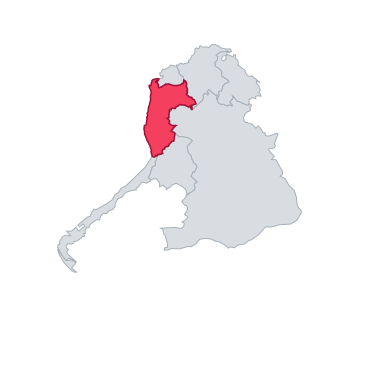 Peru highlighted among its neighbors, rotated 38°
{"feature_id": "PER", "entity_name": "Peru", "entity_type": "country or territory", "adm_level": 0, "iso_a3": "PER", "parent_name": "South America", "parent_adm1": "", "projection": "albers", "projection_center": [-73.974, -9.194], "detail": "fine", "context": "with_neighbors", "style": "filled", "palette": "rose", "viewbox_px": 384, "rotation_deg": 38, "n_neighbors": 6, "source": "natural_earth", "source_scale": "50m", "svg_char_len": 12078}
<svg xmlns="http://www.w3.org/2000/svg" viewBox="0 0 384 384"><g transform="rotate(38 192 192)"><path d="M144.1,319.4L144.0,326.1L150.3,326.2L149.0,327.4L145.8,328.2L135.0,326.5L126.4,323.2L121.2,319.9L134.6,323.6L136.6,322.3L137.9,320.3L141.4,319.1L144.1,319.4ZM142.1,185.1L144.1,188.1L144.6,191.2L146.7,193.0L145.4,197.2L147.5,202.0L149.0,207.9L152.0,207.4L152.5,208.5L151.0,212.8L146.5,214.9L146.5,221.9L145.7,223.2L146.8,224.8L143.9,227.4L141.2,231.2L139.8,234.9L140.1,238.9L137.6,243.0L139.3,250.0L140.4,250.7L140.3,254.4L138.0,258.2L138.1,261.4L135.1,263.9L135.0,267.4L136.2,271.1L133.8,272.5L131.8,279.6L132.5,284.0L130.9,284.8L131.8,288.9L133.5,290.2L132.2,291.7L134.0,292.4L134.4,293.7L132.7,294.4L133.1,296.4L131.7,300.9L129.6,303.7L130.1,305.4L128.9,307.5L125.9,308.9L126.2,312.3L127.6,313.5L130.1,313.3L130.0,315.6L131.6,317.4L144.3,318.4L140.9,318.4L135.7,320.1L135.0,322.9L133.4,323.0L129.1,322.0L120.1,318.2L118.9,316.2L119.9,314.4L118.0,312.3L117.5,306.8L119.1,303.7L123.2,301.1L117.3,300.1L121.0,297.1L122.3,291.3L126.6,292.6L128.7,285.2L126.1,284.2L124.8,288.7L122.4,288.2L124.9,276.3L126.7,273.7L125.6,270.1L125.3,265.8L127.0,265.7L132.2,253.2L133.9,247.3L133.0,241.2L134.3,237.9L133.8,232.8L136.2,227.8L139.8,201.5L138.8,188.4L140.9,187.3L142.1,185.1Z" fill="#d9dde1" stroke="#a8b0b8" stroke-width="1"/><path d="M205.9,254.9L204.9,252.6L206.7,250.8L204.6,248.0L197.6,242.8L196.1,242.8L192.2,239.5L189.6,239.8L200.0,230.7L206.3,227.1L206.6,223.8L204.7,221.2L202.6,221.9L204.2,217.1L204.4,214.8L202.9,213.9L201.4,214.5L199.9,214.3L199.3,208.7L198.6,207.4L195.9,206.1L194.1,206.9L189.8,205.8L190.4,200.1L189.2,197.6L190.6,196.8L190.3,194.3L191.5,192.5L192.4,189.1L191.5,186.4L189.3,185.1L188.9,183.3L189.7,180.9L181.6,180.3L180.2,175.2L181.5,175.2L180.6,169.5L178.2,168.1L175.5,168.0L171.0,165.8L169.4,164.1L164.7,163.2L160.2,159.2L160.6,151.3L155.0,151.9L149.0,155.2L148.0,156.5L142.7,156.2L140.3,156.9L138.3,156.4L138.7,149.7L135.2,152.3L131.4,152.2L129.8,149.8L127.0,149.5L127.9,147.7L125.5,145.0L123.7,141.1L124.9,140.3L124.8,138.4L127.5,137.1L127.0,134.8L128.1,133.3L128.5,131.2L133.4,128.3L137.6,126.8L141.5,127.0L143.7,113.3L143.0,110.8L141.1,109.2L141.2,106.0L143.6,105.3L144.5,105.8L144.7,104.1L142.1,103.7L142.1,101.0L150.7,101.2L152.2,99.7L154.2,103.7L155.0,103.2L157.4,105.5L160.8,105.3L161.7,104.0L166.8,102.4L167.4,100.6L170.6,99.5L170.4,98.6L166.6,98.1L166.3,92.5L164.4,91.3L165.2,91.0L172.0,92.8L173.3,91.8L181.5,89.8L183.2,88.3L182.7,87.0L185.0,86.9L186.0,88.0L185.3,89.8L186.8,90.5L187.8,92.5L186.5,94.0L185.6,97.6L186.9,101.8L189.5,103.9L191.7,104.2L192.2,103.4L195.6,102.6L197.1,101.6L203.0,102.4L203.2,99.4L207.1,99.6L211.5,101.6L212.9,100.5L213.9,100.8L214.4,102.0L216.5,101.8L218.3,100.3L222.7,93.5L224.2,93.4L227.2,103.4L229.5,104.3L229.4,107.3L225.9,110.6L227.1,112.0L234.8,113.2L234.7,117.5L238.2,114.9L250.6,120.1L252.5,122.8L251.6,125.2L256.8,124.2L265.0,127.3L271.5,127.7L277.6,131.9L282.6,137.3L285.8,138.9L289.4,139.5L290.8,141.0L292.1,149.4L289.6,156.4L280.5,164.5L277.4,169.1L273.9,172.6L272.8,172.6L271.3,175.7L270.8,183.8L268.3,193.2L266.8,194.8L265.5,200.4L260.8,205.6L259.7,210.0L256.2,211.5L255.1,213.9L250.6,213.5L244.0,214.6L241.0,216.3L236.3,217.2L231.3,220.2L227.5,224.1L226.7,227.1L227.2,229.5L225.1,235.5L222.2,237.6L217.2,244.5L210.7,249.1L208.6,252.8L205.9,254.9Z" fill="#d9dde1" stroke="#a8b0b8" stroke-width="1"/><path d="M142.7,156.2L148.0,156.5L149.0,155.2L155.0,151.9L160.6,151.3L160.2,159.2L164.7,163.2L169.4,164.1L171.0,165.8L175.5,168.0L178.2,168.1L180.6,169.5L181.5,175.2L180.2,175.2L181.6,180.3L189.7,180.9L188.9,183.3L189.3,185.1L191.5,186.4L192.4,189.1L191.5,192.5L190.3,194.3L190.6,196.8L189.2,197.6L189.2,196.3L185.5,193.9L181.6,193.7L174.3,194.7L172.2,198.4L172.0,200.7L170.3,205.8L169.6,204.8L164.9,204.5L163.2,207.9L160.9,204.8L155.5,203.6L152.0,207.4L149.0,207.9L147.5,202.0L145.4,197.2L146.7,193.0L144.6,191.2L144.1,188.1L142.1,185.1L144.8,180.4L143.0,176.8L144.0,175.3L143.3,173.7L144.9,171.5L145.3,164.7L146.3,163.3L142.7,156.2Z" fill="#d9dde1" stroke="#a8b0b8" stroke-width="1"/><path d="M155.0,103.2L154.2,103.7L152.2,99.7L150.7,101.2L142.1,101.0L142.1,103.7L144.7,104.1L144.5,105.8L143.6,105.3L141.2,106.0L141.1,109.2L143.0,110.8L143.7,113.3L141.5,127.0L139.3,124.7L138.0,124.6L140.9,120.2L137.6,118.1L134.9,118.5L133.4,117.7L131.0,118.8L127.7,118.3L125.1,113.7L118.8,108.5L117.6,108.9L113.6,106.5L112.4,107.2L108.6,106.6L107.5,104.8L102.3,102.5L101.7,101.1L103.3,100.8L103.1,98.6L104.1,97.1L106.3,96.7L109.8,91.8L108.2,90.8L109.0,88.3L107.9,84.4L108.9,83.3L108.1,79.7L106.3,77.5L106.9,75.5L108.3,75.7L109.1,74.5L108.1,72.0L108.6,71.4L110.9,71.5L114.3,68.6L116.1,68.1L117.0,63.3L119.6,61.3L122.4,61.2L122.8,60.4L126.3,60.7L131.6,57.8L133.8,55.8L135.4,56.1L136.6,57.1L135.7,58.5L132.8,59.2L131.7,61.2L128.6,63.9L126.8,69.3L129.1,69.6L130.7,72.5L130.6,76.6L131.7,76.9L132.8,78.4L138.5,78.0L141.1,78.6L144.2,82.3L151.8,81.7L153.3,82.4L151.5,86.1L151.1,89.2L153.3,94.3L151.0,96.4L153.8,98.8L155.0,103.2Z" fill="#d9dde1" stroke="#a8b0b8" stroke-width="1"/><path d="M179.8,83.7L183.2,88.3L181.5,89.8L173.3,91.8L172.0,92.8L165.2,91.0L164.4,91.3L166.3,92.5L166.6,98.1L170.4,98.6L170.6,99.5L167.4,100.6L166.8,102.4L161.7,104.0L160.8,105.3L157.4,105.5L155.0,103.2L153.8,98.8L151.0,96.4L153.3,94.3L151.1,89.2L151.5,86.1L153.3,82.4L151.8,81.7L144.2,82.3L141.1,78.6L138.5,78.0L132.8,78.4L131.7,76.9L130.6,76.6L130.7,72.5L129.1,69.6L126.8,69.3L128.6,63.9L131.7,61.2L132.8,59.2L135.7,58.5L135.6,59.5L132.9,60.0L134.4,61.8L134.3,64.0L132.3,66.4L134.0,69.7L136.0,69.4L137.0,66.4L135.6,65.0L135.4,61.8L141.0,60.2L140.4,58.3L142.0,57.0L143.6,59.9L146.8,60.0L149.7,62.3L149.8,63.7L158.7,63.5L161.3,65.4L164.7,66.0L167.3,64.8L167.3,63.7L178.3,63.8L174.5,64.9L175.9,66.9L179.5,67.3L182.9,69.5L183.5,72.8L185.8,72.8L187.5,73.9L183.9,76.2L183.4,77.7L184.9,79.3L181.0,80.6L181.0,82.6L179.8,83.7Z" fill="#d9dde1" stroke="#a8b0b8" stroke-width="1"/><path d="M117.6,108.9L118.3,112.2L116.9,115.0L112.2,119.6L107.0,121.4L104.3,125.2L103.6,128.2L101.1,130.0L99.3,127.8L95.7,127.8L95.6,126.2L96.8,125.1L96.3,123.3L98.5,120.0L97.6,118.1L95.9,120.2L93.3,118.3L94.1,117.1L93.3,113.1L94.9,112.5L97.2,106.9L96.9,105.2L102.3,102.5L107.5,104.8L108.6,106.6L112.4,107.2L113.6,106.5L117.6,108.9Z" fill="#d9dde1" stroke="#a8b0b8" stroke-width="1"/><path d="M141.2,126.8L141.1,127.1L140.8,127.2L140.4,127.0L140.2,127.0L139.6,126.8L139.5,126.6L139.3,126.4L138.7,126.4L138.3,126.4L137.9,126.4L137.5,126.5L137.2,126.7L137.0,127.0L136.8,127.2L136.0,127.4L135.6,127.4L135.3,127.5L134.8,127.6L134.4,127.7L133.0,127.9L132.4,128.2L132.0,128.5L131.2,128.9L130.8,129.1L130.3,129.6L129.7,130.1L129.3,130.3L128.7,130.4L128.5,130.6L128.4,130.7L128.4,130.9L128.2,132.2L128.1,132.8L127.7,133.5L127.3,134.1L127.1,134.5L127.0,134.8L127.1,135.1L127.4,135.9L127.4,136.1L127.4,136.4L127.2,136.7L126.9,136.9L126.6,136.9L125.8,137.4L125.0,138.0L124.7,138.3L124.5,139.1L124.6,139.4L124.7,139.5L124.9,139.9L124.9,140.1L124.7,140.2L124.3,140.3L124.1,140.4L123.8,140.4L123.8,140.6L123.9,140.8L123.8,141.0L123.7,141.2L123.7,141.3L124.1,141.6L124.4,142.0L124.7,142.1L124.9,142.2L124.9,142.4L124.8,142.6L124.6,142.7L124.6,142.9L125.0,143.2L125.2,143.5L125.3,143.8L125.3,144.0L125.5,144.2L125.6,144.4L125.6,144.7L126.2,145.1L126.4,145.2L126.4,145.4L126.4,145.6L126.6,146.0L127.1,146.3L128.1,147.5L128.1,148.0L127.0,149.3L127.9,149.3L128.7,149.3L129.6,149.5L130.2,149.7L130.6,149.8L130.8,150.0L131.1,150.6L131.1,150.9L131.5,151.2L131.4,151.9L133.9,152.0L135.0,151.9L135.4,151.8L136.0,151.3L136.3,151.2L136.6,150.9L137.0,150.5L137.3,150.3L137.5,150.1L137.9,149.9L138.0,149.7L138.4,149.5L138.2,150.0L138.2,150.3L138.3,150.7L138.2,150.9L138.0,151.2L137.9,156.4L138.1,156.2L138.4,156.1L138.8,156.5L139.0,156.6L139.4,156.6L139.7,156.6L140.4,156.3L140.8,156.1L141.4,156.1L142.1,156.2L142.5,156.2L146.2,163.0L145.8,163.5L145.8,163.8L145.6,164.0L145.4,164.1L145.1,164.4L144.9,164.6L144.9,166.8L144.8,167.3L144.7,167.8L144.5,168.2L144.7,168.6L144.9,169.4L145.0,169.6L145.2,170.0L145.3,170.3L145.2,170.4L144.9,170.6L144.7,170.7L144.7,171.2L144.5,171.4L144.2,171.6L143.9,172.0L143.7,172.1L143.5,172.8L143.2,173.0L143.1,173.4L143.1,173.7L143.3,174.1L143.9,174.8L144.0,174.9L143.6,175.3L143.4,175.6L142.9,176.5L143.0,177.1L143.7,178.9L143.8,179.0L144.1,179.2L144.4,179.2L145.0,179.4L145.2,179.6L145.3,179.7L145.2,179.8L144.6,180.1L144.5,180.3L144.4,180.6L144.5,181.0L144.4,181.2L144.0,181.3L143.7,181.6L143.5,182.0L143.0,182.6L142.8,182.8L142.7,183.0L141.9,183.4L141.9,183.6L141.9,183.8L142.2,184.0L142.4,184.3L142.4,184.6L142.4,184.8L142.1,185.1L141.7,185.4L141.2,185.4L141.0,185.6L141.0,186.0L141.2,186.5L141.2,186.8L141.0,187.3L140.6,187.8L140.1,188.1L139.6,188.3L139.1,188.3L138.8,188.3L138.6,188.4L138.3,188.1L136.9,187.1L136.4,186.5L135.9,186.3L134.8,185.5L134.7,185.2L134.5,184.3L134.4,184.1L134.0,183.8L133.0,183.3L132.6,183.1L132.2,182.8L131.6,182.5L130.9,181.9L130.5,181.5L130.1,181.2L128.7,180.8L128.0,180.4L126.7,179.8L126.2,179.4L124.8,179.0L124.4,178.8L123.0,177.7L122.1,177.4L121.3,176.8L119.0,175.6L118.7,175.2L118.3,174.5L117.8,174.2L117.2,173.3L116.4,172.8L115.5,172.2L115.2,171.6L114.7,170.8L114.5,170.4L114.0,170.0L114.0,169.2L113.6,168.8L113.9,168.6L114.1,168.6L114.4,167.3L114.3,166.7L113.4,165.5L113.1,165.0L112.9,164.3L112.5,163.9L112.0,163.0L111.7,162.2L111.0,161.7L110.8,161.5L110.7,161.2L110.3,161.0L110.3,160.4L110.0,159.2L109.6,158.7L108.2,157.6L108.2,157.2L108.1,156.5L107.8,155.6L106.2,153.1L105.8,152.4L105.4,151.2L105.1,150.5L104.7,149.3L104.1,148.3L103.7,147.5L103.3,146.5L103.3,146.0L102.6,145.1L102.2,144.2L101.5,143.5L100.9,143.0L100.6,142.6L99.6,140.8L99.5,140.2L98.9,139.3L98.3,138.5L97.9,138.0L97.4,137.5L94.3,135.9L93.2,135.2L92.9,134.9L92.7,134.4L92.7,134.1L93.1,133.9L93.5,134.1L93.8,134.0L94.0,133.6L93.9,133.1L93.7,132.4L92.7,131.1L92.7,130.8L92.9,130.4L92.5,129.8L92.1,129.3L91.9,128.9L92.1,127.4L92.3,127.0L93.8,125.4L94.1,124.8L94.8,124.3L95.4,123.7L96.2,123.2L96.4,123.4L96.4,123.7L96.5,123.8L96.5,124.0L96.7,124.6L96.7,125.0L96.8,125.3L96.8,125.5L96.5,125.7L96.3,125.9L96.1,125.9L95.7,125.8L95.4,126.2L95.5,126.4L95.5,126.6L95.7,126.8L96.1,126.8L95.5,127.6L95.6,127.8L95.8,127.9L96.0,127.9L96.4,127.7L96.8,127.2L97.0,127.2L97.4,127.3L97.8,127.6L98.3,127.8L98.5,127.9L99.2,127.8L99.8,128.2L99.8,128.8L100.0,129.2L100.6,129.9L100.9,130.0L101.2,130.0L101.7,130.1L101.9,130.0L102.1,129.6L102.4,129.5L102.4,129.4L102.3,129.2L102.4,128.9L102.6,128.7L103.4,128.2L103.5,127.8L103.5,127.6L103.4,127.5L103.4,127.2L103.7,126.5L103.9,125.7L104.1,125.6L104.3,125.1L104.5,124.8L104.5,124.5L104.6,124.3L104.6,124.0L104.8,123.3L104.8,123.1L105.0,123.1L105.2,123.3L105.2,123.5L105.3,123.5L105.6,123.4L105.5,123.1L105.4,123.1L105.5,122.9L106.5,121.6L106.9,121.3L109.0,120.5L112.0,119.4L114.5,117.5L116.5,115.2L116.8,114.9L117.5,112.3L117.8,112.5L118.1,112.5L118.2,112.4L118.0,111.3L118.1,111.1L118.1,110.8L118.1,110.7L117.9,110.5L117.4,110.0L117.2,109.7L117.1,109.4L116.5,109.0L116.5,108.8L117.2,109.0L117.8,108.9L118.0,108.7L118.3,108.5L118.5,108.5L119.3,108.9L119.5,109.1L119.8,109.1L120.0,109.1L120.3,109.6L120.6,109.7L121.0,109.9L121.6,110.5L121.8,110.8L122.0,111.3L122.1,111.6L122.2,111.8L122.2,112.0L122.4,112.3L122.6,112.5L122.9,112.6L123.4,112.7L123.7,113.0L124.0,113.1L124.3,113.4L124.5,113.5L124.8,113.5L125.1,113.7L125.4,114.0L125.5,114.3L125.8,114.5L125.9,114.9L125.7,115.4L125.9,115.6L126.1,115.8L126.5,116.0L126.9,116.0L127.0,116.0L127.5,117.3L127.3,117.6L127.3,117.8L127.3,118.2L128.1,118.4L128.3,118.7L128.5,118.7L128.8,118.7L129.3,118.7L129.5,118.5L130.7,118.8L131.1,118.7L131.4,118.7L131.8,118.6L132.1,118.4L132.4,118.4L132.7,118.2L133.2,117.7L133.5,117.6L134.3,117.9L134.6,118.2L134.8,118.3L135.0,118.4L135.4,118.4L135.9,118.3L136.2,118.1L136.9,117.9L137.1,117.9L138.0,118.5L138.3,118.8L138.6,118.8L138.8,119.0L139.3,119.1L139.5,119.3L139.8,119.4L140.0,119.7L140.4,119.8L140.7,119.9L140.8,120.1L140.8,120.3L137.8,124.8L138.0,124.8L138.7,125.1L138.9,125.2L139.2,125.1L139.4,124.9L139.5,124.9L140.0,125.2L140.2,125.7L140.3,126.0L140.6,126.1L140.9,126.4L141.2,126.8Z" fill="#f43f5e" stroke="#9f1239" stroke-width="1.5"/></g></svg>